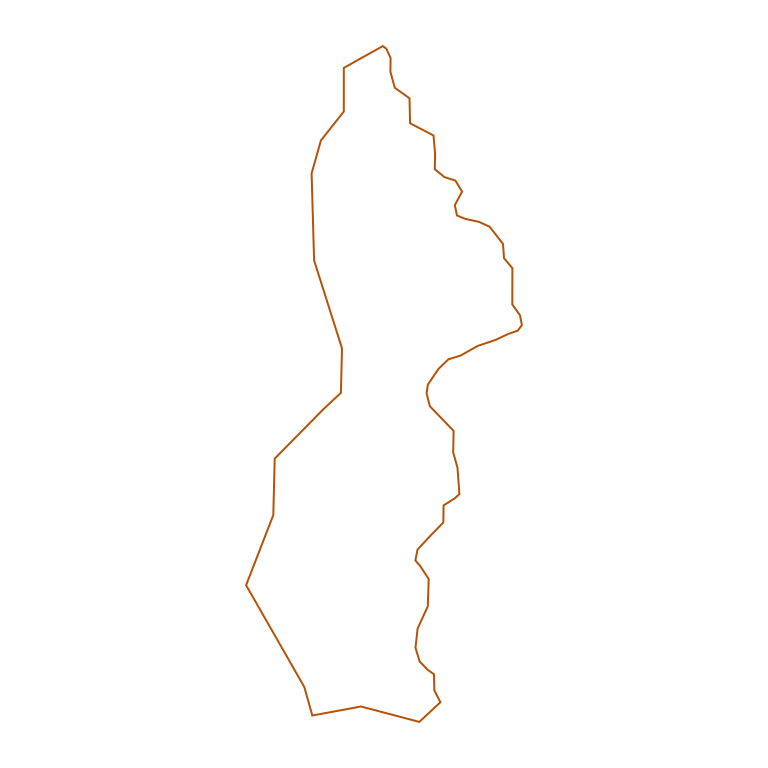 Casupá, Florida, Uruguay
{"feature_id": "84410073B34818578837799", "entity_name": "Casupá", "entity_type": "district", "adm_level": 2, "iso_a3": "URY", "parent_name": "Uruguay", "parent_adm1": "Florida", "projection": "mercator", "projection_center": [-55.622, -34.095], "detail": "fine", "context": "isolated", "style": "outline", "palette": "amber", "viewbox_px": 768, "rotation_deg": 0, "n_neighbors": 0, "source": "geoboundaries", "source_scale": "gbopen_adm2", "svg_char_len": 983}
<svg xmlns="http://www.w3.org/2000/svg" viewBox="0 0 768 768"><path d="M440.4,702.2L434.3,690.3L434.0,674.3L427.4,669.6L419.6,661.4L415.5,647.8L417.6,628.6L427.8,606.3L428.7,579.1L420.2,566.0L415.4,560.5L417.5,549.6L431.0,535.1L443.3,522.5L443.6,505.4L455.2,498.0L459.4,494.1L457.5,467.8L453.2,452.5L453.6,430.9L429.8,406.2L426.6,393.4L427.8,384.7L438.5,368.9L448.4,359.3L460.5,355.6L477.5,346.0L495.8,339.8L508.4,333.9L517.8,330.6L521.9,325.1L520.0,315.3L512.3,304.4L512.4,268.2L504.0,258.2L503.0,243.9L489.7,226.8L479.1,221.9L464.6,218.7L457.0,215.5L454.8,205.1L459.2,197.0L462.1,191.7L455.4,180.6L444.4,177.1L434.8,169.2L435.1,153.8L433.5,135.5L410.1,123.3L409.5,98.3L394.8,87.8L390.4,71.7L390.6,58.0L386.3,48.7L382.8,46.1L366.1,55.4L343.8,67.9L343.8,111.5L320.9,140.5L311.6,173.4L314.1,260.4L342.0,348.4L340.9,392.8L323.0,409.6L274.7,458.6L273.3,515.1L246.1,585.2L304.4,687.2L312.3,715.5L360.9,706.5L419.3,721.9L440.4,702.2Z" fill="none" stroke="#b45309" stroke-width="2"/></svg>